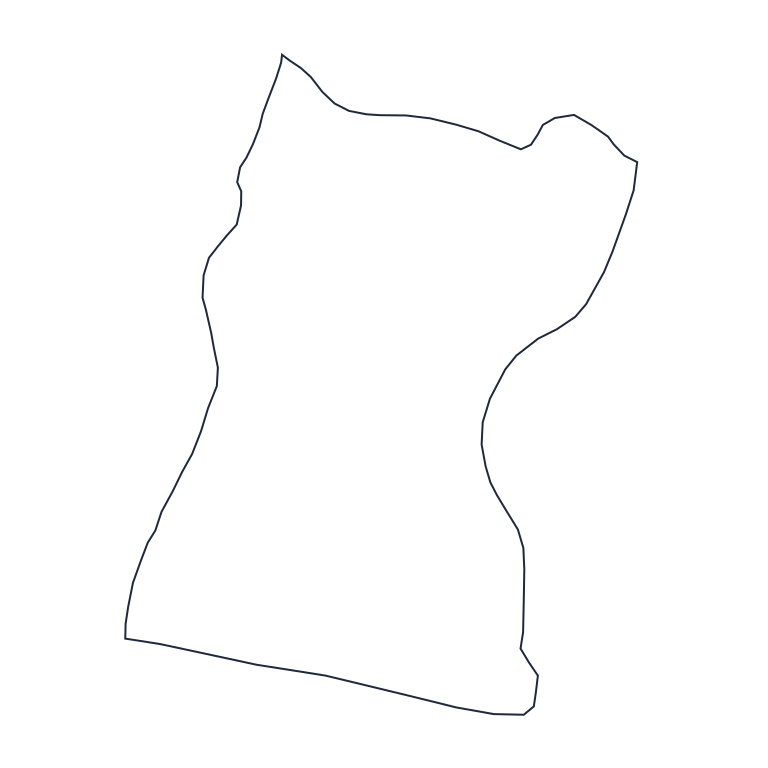 the district of Lombo-Bouenguidi, Ogooué-Lolo, Gabon, rotated 191°
{"feature_id": "22940354B47016566751071", "entity_name": "Lombo-Bouenguidi", "entity_type": "district", "adm_level": 2, "iso_a3": "GAB", "parent_name": "Gabon", "parent_adm1": "Ogooué-Lolo", "projection": "albers", "projection_center": [12.662, -1.615], "detail": "fine", "context": "isolated", "style": "outline", "palette": "slate", "viewbox_px": 768, "rotation_deg": 191, "n_neighbors": 0, "source": "geoboundaries", "source_scale": "gbopen_adm2", "svg_char_len": 1319}
<svg xmlns="http://www.w3.org/2000/svg" viewBox="0 0 768 768"><g transform="rotate(191 384 384)"><path d="M589.4,84.7L554.0,86.0L455.4,84.1L385.9,86.6L301.2,82.8L251.3,80.3L213.4,80.9L183.7,86.0L175.4,96.1L176.1,110.6L177.3,127.1L188.7,138.4L199.5,150.4L200.1,166.9L205.2,196.5L210.9,228.8L215.9,249.6L224.8,266.7L239.9,283.1L251.9,296.4L260.8,307.7L268.4,322.3L276.6,343.1L279.8,365.2L277.2,389.8L267.8,421.4L259.5,437.2L241.2,458.1L224.8,470.7L209.0,486.5L200.8,501.0L189.4,535.8L185.0,557.3L178.9,597.0L175.9,621.7L177.4,644.4L177.8,650.1L191.8,654.1L204.4,663.2L211.3,669.6L229.6,677.7L248.8,684.4L267.1,677.7L277.5,668.6L280.7,658.2L285.4,646.9L294.5,640.5L316.9,644.9L339.4,650.1L362.1,652.3L389.2,653.6L413.7,651.8L439.3,647.1L452.7,645.4L470.4,645.4L486.0,649.9L500.3,659.0L514.3,671.3L525.7,678.2L538.0,683.4L546.9,687.7L546.3,679.8L548.2,663.4L552.0,641.9L554.6,626.1L555.2,612.2L558.4,594.5L562.2,580.0L566.6,569.3L566.6,554.1L560.9,545.9L558.4,532.0L559.0,512.4L566.6,499.8L573.5,487.1L576.2,481.7L579.9,474.5L581.8,456.2L578.6,434.1L572.9,422.7L563.4,401.2L557.8,386.7L550.2,368.4L547.7,350.1L552.1,326.7L554.6,302.7L559.0,278.7L565.4,259.1L571.0,238.2L578.0,216.1L580.5,196.5L585.6,183.3L588.8,165.0L592.5,140.9L592.6,116.3L591.9,99.3L589.4,84.7Z" fill="none" stroke="#1e293b" stroke-width="2"/></g></svg>